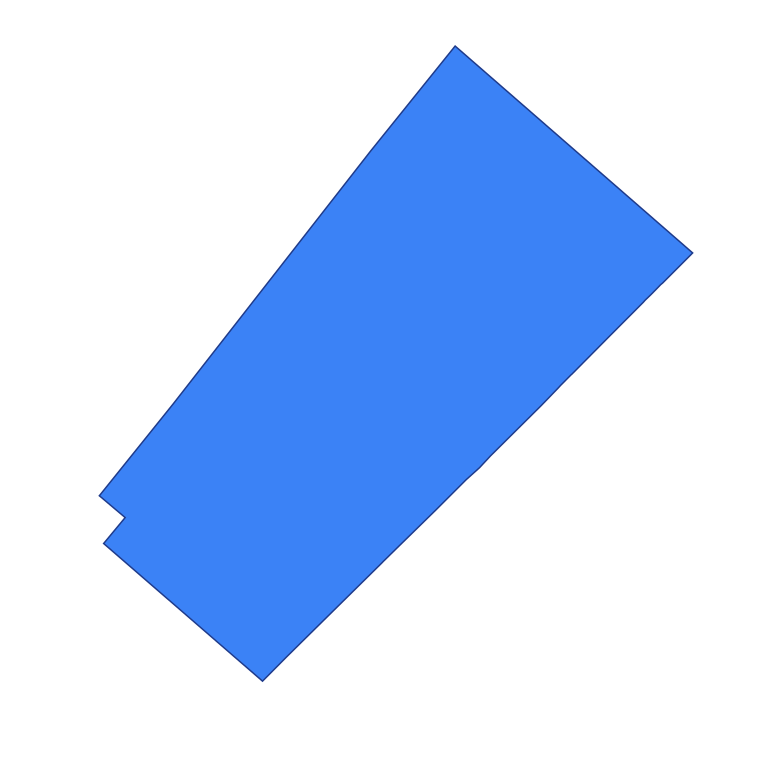 outline of Lamar, Alabama, United States of America, rotated 219°
{"feature_id": "52423323B13336232488859", "entity_name": "Lamar", "entity_type": "district", "adm_level": 2, "iso_a3": "USA", "parent_name": "United States of America", "parent_adm1": "Alabama", "projection": "orthographic", "projection_center": [-88.184, 33.791], "detail": "fine", "context": "isolated", "style": "filled", "palette": "blue", "viewbox_px": 768, "rotation_deg": 219, "n_neighbors": 0, "source": "geoboundaries", "source_scale": "gbopen_adm2", "svg_char_len": 541}
<svg xmlns="http://www.w3.org/2000/svg" viewBox="0 0 768 768"><g transform="rotate(219 384 384)"><path d="M535.3,235.7L534.9,118.0L501.1,117.3L501.5,83.6L291.4,76.6L288.0,110.2L285.6,131.8L273.0,244.1L272.9,245.5L270.3,268.1L264.3,319.7L259.9,361.5L257.1,379.0L256.0,395.1L251.4,437.3L248.2,466.6L246.1,490.5L245.9,493.9L244.4,508.8L244.2,509.7L238.8,563.4L233.9,610.8L233.8,613.4L232.8,621.4L231.9,630.7L231.5,635.4L231.0,637.8L226.6,680.1L541.4,691.4L541.0,556.4L535.3,235.7Z" fill="#3b82f6" stroke="#1e3a8a" stroke-width="1.5"/></g></svg>